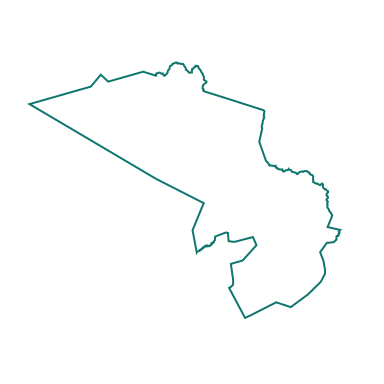 outline of Bulolo District, Morobe, Papua New Guinea, rotated 164°
{"feature_id": "67681753B86108611128530", "entity_name": "Bulolo District", "entity_type": "district", "adm_level": 2, "iso_a3": "PNG", "parent_name": "Papua New Guinea", "parent_adm1": "Morobe", "projection": "albers", "projection_center": [146.652, -7.383], "detail": "fine", "context": "isolated", "style": "outline", "palette": "teal", "viewbox_px": 384, "rotation_deg": 164, "n_neighbors": 0, "source": "geoboundaries", "source_scale": "gbopen_adm2", "svg_char_len": 5870}
<svg xmlns="http://www.w3.org/2000/svg" viewBox="0 0 384 384"><g transform="rotate(164 192 192)"><path d="M324.0,321.3L222.7,214.3L183.8,178.1L202.0,155.1L204.1,132.6L203.4,133.3L202.1,133.2L201.1,133.3L200.8,133.9L200.5,133.6L199.9,134.2L199.3,134.4L199.2,134.1L198.8,134.2L198.3,134.2L198.2,134.6L197.8,134.8L197.5,135.1L197.3,135.0L196.9,135.1L196.5,135.1L196.3,135.9L196.0,136.0L195.5,135.8L195.1,136.0L194.8,135.9L194.1,136.5L193.7,136.8L193.3,136.7L193.5,136.4L193.5,136.1L193.1,135.6L191.9,135.6L191.5,136.0L191.3,135.8L190.8,135.6L190.5,135.1L190.2,135.1L189.8,135.5L189.4,135.5L189.1,135.8L188.7,135.9L188.5,136.2L187.8,136.0L187.4,136.5L187.3,137.2L187.0,137.1L186.8,137.6L186.4,137.6L186.3,137.4L185.9,137.6L185.8,137.3L184.8,137.7L184.4,138.5L184.2,138.9L183.5,139.4L183.3,139.4L182.6,141.2L182.0,142.8L171.0,143.7L170.7,143.7L170.1,143.5L169.5,143.3L169.1,142.8L168.8,142.7L168.9,142.2L170.3,134.7L166.5,132.9L164.1,132.3L145.8,131.9L144.7,123.1L162.2,112.2L171.9,112.2L174.5,112.1L176.6,96.6L178.0,91.7L179.1,91.0L179.7,90.5L180.2,90.4L180.9,90.0L181.5,90.0L182.0,89.6L182.5,89.7L182.8,89.6L175.7,56.4L171.8,56.9L141.7,62.7L141.6,62.8L128.8,54.1L109.0,61.5L92.9,70.2L86.9,76.5L85.6,80.3L85.3,82.8L85.0,86.4L84.7,88.5L84.6,88.9L85.4,98.8L76.4,105.9L69.6,104.7L68.9,105.1L68.1,105.5L67.6,105.7L67.1,106.1L66.6,106.1L66.1,106.6L66.0,107.7L65.8,108.1L65.7,108.5L65.5,108.8L65.5,109.3L65.0,109.7L64.6,109.7L64.3,109.6L63.5,109.5L63.0,110.0L62.7,110.8L62.9,111.2L62.3,111.6L61.9,111.6L61.9,112.0L61.4,112.5L61.8,112.7L61.8,113.1L61.4,113.1L61.3,113.6L61.2,114.5L60.2,114.8L71.3,120.9L63.7,130.7L63.8,131.7L64.1,132.4L64.2,133.3L64.3,134.0L64.9,135.0L65.3,136.0L65.3,137.0L65.5,138.4L66.0,139.4L66.1,140.1L65.9,141.0L65.7,141.4L65.4,141.6L65.4,142.2L65.4,143.0L65.1,143.2L65.1,143.8L64.6,144.8L64.1,145.1L64.1,145.4L64.6,146.1L64.9,146.9L64.7,147.8L63.9,148.3L63.1,148.6L62.8,149.2L62.8,150.0L62.9,150.7L63.3,151.0L63.6,151.7L63.2,152.7L62.8,153.4L61.9,153.9L61.2,154.3L61.0,155.1L61.2,155.6L61.9,156.1L62.3,156.8L62.5,157.2L63.1,158.2L63.7,158.2L64.1,158.9L64.5,159.7L64.7,160.5L64.6,161.4L64.3,162.2L64.1,163.2L64.3,164.0L65.1,164.3L65.6,163.8L66.4,163.5L67.1,163.3L67.7,164.0L68.1,164.3L68.5,164.8L69.3,165.2L69.5,165.8L70.2,165.9L71.0,166.4L71.5,166.7L71.7,167.5L72.3,167.7L72.8,168.2L72.4,169.6L72.2,170.1L72.1,171.1L71.6,172.2L71.2,173.4L71.4,174.3L71.9,175.2L72.7,175.8L73.1,176.0L73.6,176.5L73.6,177.3L74.0,177.5L74.0,177.9L73.9,178.5L74.8,178.9L75.5,179.8L75.7,180.4L76.9,180.8L78.0,180.9L78.6,181.2L79.4,180.7L79.7,180.8L80.8,181.5L82.0,181.5L82.9,181.5L84.1,181.1L84.8,180.5L86.0,180.2L86.4,180.7L86.8,181.9L88.3,182.7L89.5,183.4L90.5,184.0L90.4,184.7L90.6,185.4L91.7,186.2L92.3,186.7L92.8,187.2L92.8,187.4L93.9,186.6L94.8,186.8L95.8,187.0L96.5,186.9L97.3,186.4L98.4,186.4L98.8,186.9L99.0,187.7L98.8,188.3L99.0,188.9L100.7,189.1L101.1,189.4L101.9,189.7L102.5,190.4L103.2,190.5L103.4,190.9L103.4,191.3L103.4,191.6L103.7,191.9L104.4,192.0L104.6,192.3L104.6,192.9L104.5,193.5L104.3,193.9L104.4,194.3L105.1,194.2L105.9,194.2L106.6,194.7L107.1,194.9L107.4,195.2L108.2,195.3L108.6,195.6L109.0,196.0L110.1,196.0L110.5,196.5L110.5,197.4L110.5,198.2L110.7,198.6L111.2,199.6L111.7,200.4L111.8,200.8L112.3,201.3L113.5,221.8L106.9,233.9L107.2,234.6L107.0,235.2L106.8,235.9L106.5,236.5L106.3,237.2L105.6,238.0L105.2,238.5L105.0,239.2L104.8,239.9L104.5,240.4L104.2,240.9L103.8,241.4L103.6,241.8L103.1,242.2L103.0,242.7L102.7,243.3L102.0,243.5L101.8,244.2L102.1,244.8L102.0,245.3L102.0,245.7L101.8,245.9L101.9,246.3L101.3,246.9L101.0,247.7L100.7,248.6L100.2,249.3L100.3,250.3L100.7,250.9L132.6,272.2L145.9,281.0L153.2,285.8L153.2,286.0L152.8,286.6L152.6,287.2L152.6,287.5L152.7,287.8L153.2,287.9L153.3,288.1L153.2,288.6L153.1,289.2L153.0,289.7L152.5,290.4L152.0,291.5L151.3,291.9L150.8,292.3L150.4,292.6L149.8,292.7L149.1,292.9L148.3,293.1L148.1,293.4L147.8,293.6L147.6,294.1L147.6,294.3L148.4,295.0L148.6,295.5L149.6,296.3L149.7,296.6L149.5,296.9L149.3,297.5L149.3,298.0L149.1,298.5L149.0,299.0L148.8,299.7L148.9,300.3L149.1,300.7L149.4,301.2L149.4,301.6L149.2,302.2L149.0,302.7L149.5,303.4L149.7,304.0L149.9,304.5L150.0,305.1L150.1,305.8L150.3,306.7L150.4,307.3L150.9,308.0L151.1,308.4L151.3,308.9L151.5,309.6L151.6,310.3L151.5,310.6L151.3,311.0L151.8,311.6L152.8,311.7L153.0,312.1L153.4,312.2L153.8,312.4L154.4,311.5L154.6,311.4L155.0,311.5L155.4,311.4L155.8,311.0L156.0,310.7L156.5,310.7L156.9,310.3L157.1,310.2L157.5,310.2L158.1,310.1L158.2,309.6L158.2,309.1L158.6,308.8L158.8,308.4L158.9,308.2L159.1,307.9L159.1,307.4L159.1,307.0L159.2,306.9L159.3,307.0L159.6,307.2L160.2,307.2L160.9,307.2L161.5,307.2L161.9,307.7L162.2,308.2L162.3,308.5L162.5,309.0L162.7,309.4L163.0,309.7L163.2,310.1L163.7,310.9L164.1,311.1L164.2,311.3L164.2,311.5L163.9,312.1L163.9,312.4L163.9,313.1L164.0,313.5L164.4,314.2L164.6,314.8L164.8,315.3L164.9,316.6L165.2,317.1L165.6,317.9L165.8,317.9L166.6,317.8L167.0,317.9L167.5,318.1L167.8,318.4L168.2,318.9L168.7,319.3L169.2,319.3L169.7,319.4L170.3,319.4L170.6,319.5L170.8,319.8L170.7,320.2L170.9,320.4L171.2,320.8L171.8,320.9L172.5,320.9L173.0,320.7L173.8,320.6L174.2,320.6L174.9,320.7L175.3,320.6L175.6,320.4L175.7,319.9L176.2,319.6L176.9,319.4L177.7,319.3L178.4,319.0L178.7,318.8L178.9,318.4L179.4,317.1L180.3,316.0L180.7,315.9L181.2,315.7L181.6,315.4L181.9,315.0L182.1,314.6L182.2,314.1L182.4,313.7L183.1,313.2L183.5,312.8L183.8,312.5L184.3,312.2L184.6,312.1L185.1,312.1L185.5,311.9L185.7,311.6L186.4,311.4L186.8,311.4L187.0,311.7L186.9,312.1L187.1,312.5L187.2,312.8L187.3,313.3L187.3,313.7L187.4,314.0L187.7,314.0L188.2,314.0L188.7,314.0L188.9,314.2L189.3,314.8L189.6,315.1L190.0,315.5L190.3,315.6L190.7,315.9L190.8,315.9L192.3,315.6L192.9,315.8L193.5,315.8L194.1,315.3L194.4,314.8L194.3,314.3L194.1,313.6L193.9,313.3L205.8,321.1L242.1,321.2L247.3,329.9L260.2,321.2L324.0,321.3Z" fill="none" stroke="#0f766e" stroke-width="2"/></g></svg>